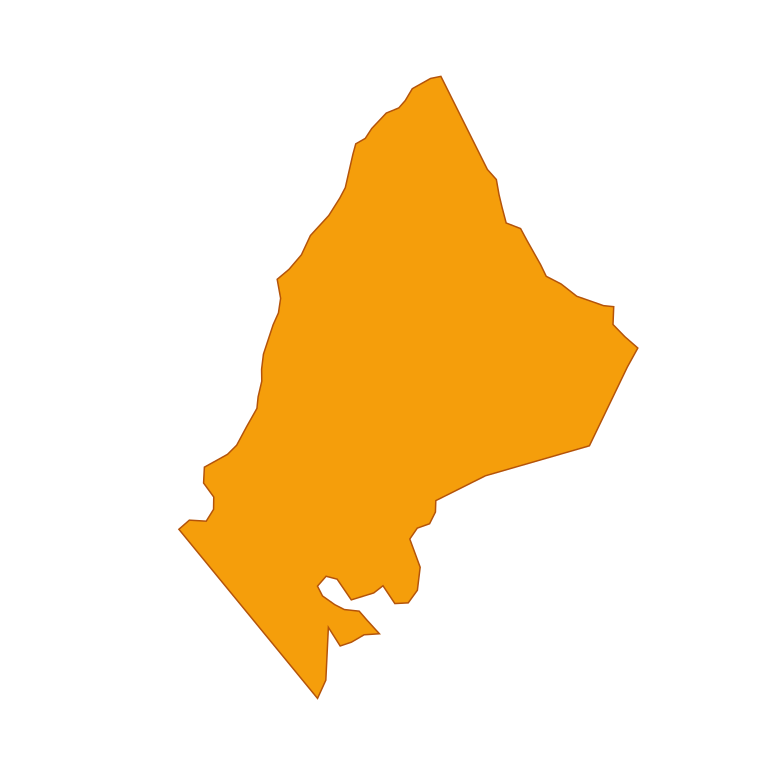 outline of Riacho da Cruz, Rio Grande do Norte, Brazil, rotated 336°
{"feature_id": "56859067B96167215385761", "entity_name": "Riacho da Cruz", "entity_type": "district", "adm_level": 2, "iso_a3": "BRA", "parent_name": "Brazil", "parent_adm1": "Rio Grande do Norte", "projection": "robinson", "projection_center": [-37.971, -5.922], "detail": "fine", "context": "isolated", "style": "filled", "palette": "amber", "viewbox_px": 768, "rotation_deg": 336, "n_neighbors": 0, "source": "geoboundaries", "source_scale": "gbopen_adm2", "svg_char_len": 1179}
<svg xmlns="http://www.w3.org/2000/svg" viewBox="0 0 768 768"><g transform="rotate(336 384 384)"><path d="M573.0,311.1L572.0,297.6L561.1,286.6L563.7,270.6L566.1,257.8L569.8,242.9L565.7,230.1L561.1,126.1L550.8,123.8L530.0,125.7L518.7,133.7L509.8,137.8L496.3,137.4L476.7,145.6L466.8,152.0L455.9,153.1L449.1,161.4L428.5,188.9L419.2,196.2L402.1,207.6L377.2,218.4L361.1,232.4L343.9,240.6L329.0,244.9L324.4,263.7L316.5,276.1L306.8,284.8L286.0,307.7L278.2,320.7L273.5,331.7L263.8,344.5L258.0,354.6L241.4,366.9L224.5,380.0L212.4,384.6L186.1,386.9L178.9,401.1L182.5,418.0L177.3,429.2L165.8,437.0L150.8,429.2L137.5,433.3L195.4,644.2L210.4,630.9L234.2,583.7L237.4,605.5L249.3,606.6L263.8,605.0L278.2,610.3L272.5,593.1L268.9,581.4L256.0,573.9L249.3,565.6L241.6,552.6L241.0,541.6L252.9,536.1L261.8,543.2L266.3,567.9L289.7,570.7L301.0,567.9L304.6,589.0L317.1,593.8L330.6,586.0L342.5,566.1L343.5,551.4L344.5,536.1L355.8,529.2L368.8,530.2L378.9,521.9L383.9,511.6L439.4,509.1L546.5,524.0L613.3,467.4L630.5,454.4L623.2,438.6L617.4,422.8L625.3,406.8L616.4,401.7L605.1,391.0L595.8,382.3L586.5,364.7L576.0,351.6L575.6,338.8L573.0,311.1Z" fill="#f59e0b" stroke="#b45309" stroke-width="1.5"/></g></svg>